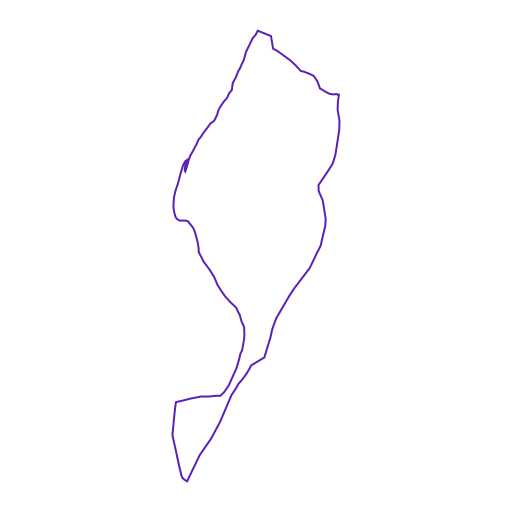 outline of Qus, Qina, Egypt
{"feature_id": "37247803B95427647060127", "entity_name": "Qus", "entity_type": "district", "adm_level": 2, "iso_a3": "EGY", "parent_name": "Egypt", "parent_adm1": "Qina", "projection": "equal_earth", "projection_center": [32.772, 25.856], "detail": "fine", "context": "isolated", "style": "outline", "palette": "violet", "viewbox_px": 512, "rotation_deg": 0, "n_neighbors": 0, "source": "geoboundaries", "source_scale": "gbopen_adm2", "svg_char_len": 2362}
<svg xmlns="http://www.w3.org/2000/svg" viewBox="0 0 512 512"><path d="M257.7,30.7L255.8,34.6L252.6,38.3L250.9,41.9L250.6,42.5L245.9,52.2L243.8,60.0L241.9,63.9L239.8,68.7L238.4,70.9L237.6,72.8L235.7,77.7L235.1,78.7L232.8,82.9L232.2,87.0L231.9,89.9L231.2,90.7L229.1,93.4L226.9,98.2L223.9,101.5L220.7,106.2L218.4,110.1L217.1,114.9L214.3,120.6L212.7,121.9L210.4,123.5L210.2,123.8L209.0,125.4L207.1,128.1L203.7,132.4L201.0,136.7L198.4,139.8L196.5,144.5L195.9,145.4L195.1,146.8L192.7,151.5L190.1,156.0L188.5,160.6L187.8,163.4L187.2,165.5L185.8,169.9L185.3,171.5L184.8,170.7L184.8,168.4L185.2,166.1L185.8,163.5L186.0,162.8L186.9,160.1L185.3,161.2L184.0,163.5L183.1,165.1L180.4,174.2L178.1,182.9L177.7,184.2L177.7,184.3L175.4,191.1L174.0,197.3L173.5,203.7L173.5,207.8L174.3,212.6L175.6,217.1L177.2,219.2L179.6,220.6L182.5,220.6L185.6,220.6L188.0,221.3L189.9,223.8L193.1,227.7L194.2,230.3L195.0,232.2L196.5,237.8L197.8,242.8L197.8,243.0L198.6,248.3L198.8,252.3L201.8,258.0L203.6,261.6L209.4,269.4L214.0,276.7L215.1,279.2L216.9,283.5L217.6,285.1L221.1,290.6L224.8,296.0L230.2,302.0L236.3,307.8L236.8,308.9L238.1,312.0L239.7,314.7L241.3,320.7L244.1,327.1L244.4,334.3L244.3,336.4L244.1,339.0L243.0,345.7L242.0,350.6L240.4,353.6L239.4,358.1L239.0,359.8L236.3,368.7L233.2,375.5L228.8,385.4L226.5,388.7L224.4,391.8L220.3,395.9L217.4,395.7L208.9,396.5L201.3,396.5L201.2,396.5L190.0,398.7L183.1,400.5L176.0,402.1L175.4,405.9L174.4,414.6L172.5,434.5L172.6,436.2L175.3,448.0L177.1,456.5L179.7,468.4L180.1,469.9L181.5,476.0L182.3,477.6L183.8,479.2L183.9,479.3L185.5,480.3L187.1,481.3L192.0,471.1L199.7,455.1L211.0,438.8L220.1,421.8L231.5,395.1L236.8,387.0L238.1,384.3L242.8,378.8L246.7,373.4L249.9,367.9L251.3,365.3L264.3,357.5L270.5,337.3L270.9,335.3L272.2,329.4L276.0,318.8L276.7,317.5L289.0,296.4L294.3,288.3L309.6,268.2L313.5,260.2L317.3,252.2L320.6,245.9L322.9,235.8L325.3,225.8L325.7,218.9L322.7,200.3L318.7,191.1L318.5,185.1L327.1,172.4L332.3,164.3L333.6,160.8L335.4,154.7L336.6,147.1L339.2,130.3L339.5,120.9L337.6,109.8L337.9,102.1L338.9,94.8L337.9,94.9L337.2,94.1L336.8,94.1L335.8,94.2L333.0,94.4L329.4,93.8L325.1,91.5L321.4,89.2L320.0,88.5L317.6,81.8L316.0,79.3L313.8,76.0L309.4,73.8L303.7,71.6L300.8,71.0L297.8,67.7L295.6,65.3L293.0,62.9L290.4,60.5L277.6,51.1L277.1,50.8L273.1,48.7L271.0,36.1L257.8,30.7L257.7,30.7Z" fill="none" stroke="#5b21b6" stroke-width="2"/></svg>